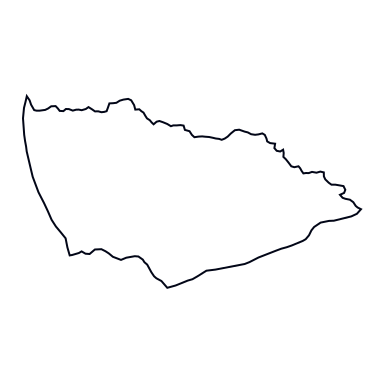 the district of Campestre do Maranhão, Maranhão, Brazil
{"feature_id": "56859067B99691439302413", "entity_name": "Campestre do Maranhão", "entity_type": "district", "adm_level": 2, "iso_a3": "BRA", "parent_name": "Brazil", "parent_adm1": "Maranhão", "projection": "mercator", "projection_center": [-47.249, -6.177], "detail": "fine", "context": "isolated", "style": "outline", "palette": "ink", "viewbox_px": 384, "rotation_deg": 0, "n_neighbors": 0, "source": "geoboundaries", "source_scale": "gbopen_adm2", "svg_char_len": 2283}
<svg xmlns="http://www.w3.org/2000/svg" viewBox="0 0 384 384"><path d="M69.7,255.4L72.1,255.0L78.9,253.0L81.6,251.4L85.5,253.7L89.6,254.0L94.9,249.5L101.4,249.2L105.4,251.2L108.8,253.4L112.9,256.8L121.0,259.9L126.3,257.7L134.8,256.2L138.4,256.5L142.8,259.6L144.4,262.2L147.2,264.6L151.4,272.3L154.1,276.3L156.4,278.3L161.4,281.0L167.3,287.8L175.6,285.5L187.7,280.6L192.5,279.2L197.5,276.3L206.4,270.7L215.4,269.6L244.7,264.0L249.5,262.1L258.5,257.5L276.2,250.6L281.3,248.7L286.8,247.2L291.7,245.5L302.8,240.9L305.7,239.2L309.0,235.3L311.4,230.4L314.1,227.0L320.6,222.6L329.0,220.9L333.9,220.7L351.3,216.4L356.9,213.8L361.0,209.2L357.6,207.5L355.7,205.9L353.3,202.2L349.9,199.7L345.4,198.8L342.6,197.8L340.0,194.8L344.1,192.9L345.3,189.8L343.5,186.1L339.6,185.4L335.5,184.7L331.5,184.7L328.7,182.7L325.3,179.4L323.9,176.4L323.8,172.4L320.3,171.6L316.5,172.7L312.0,171.9L308.7,173.1L306.0,173.0L303.4,173.4L301.6,170.9L300.2,168.3L298.5,166.3L294.3,167.2L291.3,166.3L288.6,162.7L285.8,159.2L283.4,156.9L283.7,153.0L283.1,149.7L280.2,151.5L276.7,150.8L274.4,148.1L275.1,143.7L270.1,143.1L267.2,141.4L266.5,138.6L264.8,134.9L262.3,133.4L258.4,134.4L255.1,134.8L251.1,134.2L247.8,132.4L244.6,131.6L239.2,129.7L234.9,130.2L232.9,131.8L230.7,133.6L227.7,136.6L224.7,138.6L221.7,139.8L219.1,138.9L215.8,138.5L212.9,137.8L209.1,137.0L205.0,136.7L202.2,136.4L198.6,136.6L194.4,137.2L191.9,134.9L189.5,131.2L184.9,129.9L183.6,125.6L180.5,125.1L176.7,125.4L173.3,125.4L170.9,126.2L167.3,124.0L162.9,122.2L159.4,121.0L156.6,121.7L153.6,124.3L151.6,122.4L149.8,120.2L147.0,118.4L145.2,115.6L143.5,112.6L141.4,111.2L139.3,109.3L135.3,109.6L134.1,105.1L131.2,100.3L128.2,98.9L123.4,99.6L119.7,100.7L116.4,102.8L113.1,103.2L109.4,103.4L107.8,108.0L106.6,111.2L104.2,111.9L101.4,112.2L98.2,111.3L95.0,111.4L92.0,109.3L88.5,107.1L85.8,109.0L81.7,110.2L78.7,109.6L76.1,109.7L72.8,110.6L68.9,109.1L65.9,109.0L63.4,111.1L59.7,110.9L57.8,108.4L55.6,106.1L51.2,106.3L48.1,108.5L45.2,109.9L39.3,110.7L36.7,110.7L34.2,110.1L31.1,104.7L29.6,100.3L26.8,96.2L25.5,101.9L24.0,107.9L23.0,118.3L24.2,134.9L25.1,141.2L26.1,146.6L26.7,151.4L30.9,169.3L32.7,176.8L38.5,192.3L44.0,203.0L47.9,211.3L51.6,219.8L55.9,226.5L60.5,232.0L65.6,238.3L67.4,247.4L69.7,255.4Z" fill="none" stroke="#020617" stroke-width="2"/></svg>